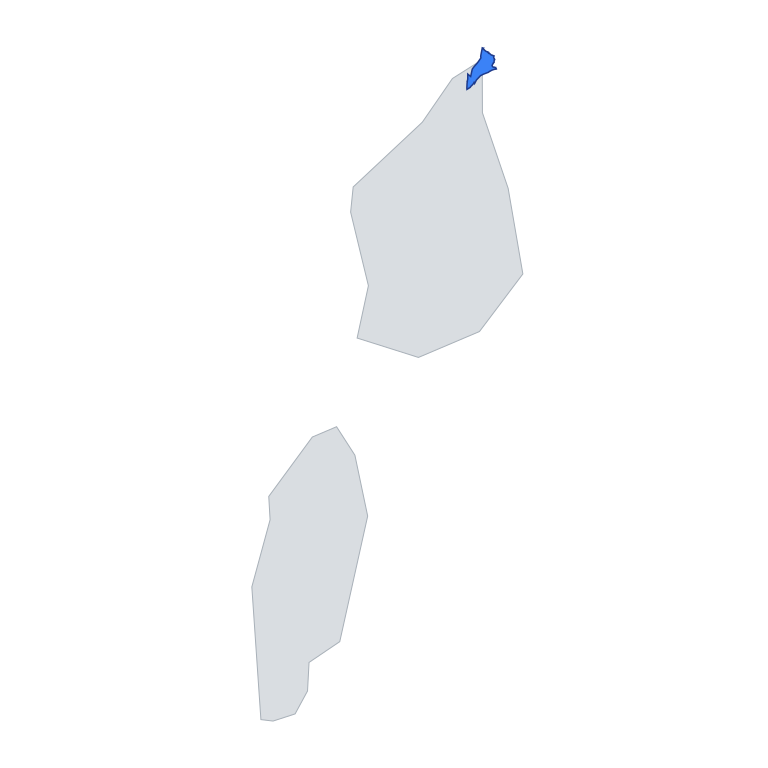 Falealupo, Vaisigano, Samoa (highlighted), rotated 86°
{"feature_id": "51752279B91405763132187", "entity_name": "Falealupo", "entity_type": "district", "adm_level": 2, "iso_a3": "WSM", "parent_name": "Samoa", "parent_adm1": "Vaisigano", "projection": "orthographic", "projection_center": [-172.771, -13.521], "detail": "fine", "context": "in_parent", "style": "filled", "palette": "blue", "viewbox_px": 768, "rotation_deg": 86, "n_neighbors": 0, "source": "geoboundaries", "source_scale": "gbopen_adm2", "svg_char_len": 2359}
<svg xmlns="http://www.w3.org/2000/svg" viewBox="0 0 768 768"><g transform="rotate(86 384 384)"><path d="M283.9,237.8L338.3,285.1L359.9,347.8L336.3,407.6L284.9,392.7L210.2,405.3L185.3,401.0L125.5,327.5L84.0,294.4L67.3,263.4L120.3,266.9L197.5,246.5L283.9,237.8ZM710.2,530.2L577.2,530.0L511.5,507.1L488.1,506.8L431.9,459.2L423.3,434.3L453.0,418.0L514.6,409.5L637.9,446.1L656.5,478.2L684.9,481.7L706.9,495.7L712.5,518.2L710.2,530.2Z" fill="#d9dde1" stroke="#a8b0b8" stroke-width="1"/><path d="M77.7,250.1L77.6,249.9L77.4,250.0L77.0,250.2L76.9,250.2L76.5,250.5L76.3,250.5L76.4,250.8L76.2,250.8L76.1,251.0L75.9,251.1L75.7,251.4L75.6,252.1L75.5,252.4L75.5,252.7L75.6,252.8L75.4,253.1L75.2,253.3L74.7,253.7L74.4,253.8L73.9,254.0L73.7,253.8L73.4,253.7L72.9,253.5L72.8,253.4L72.6,253.3L72.5,253.2L72.4,253.2L72.2,253.0L71.9,252.7L71.7,252.8L71.5,252.7L71.2,252.4L71.3,252.3L71.0,252.0L70.9,252.0L70.8,251.8L70.6,251.9L70.1,251.7L69.7,251.6L69.1,251.6L68.9,251.5L68.6,251.3L68.3,251.0L68.2,251.1L67.9,250.8L68.0,251.1L67.9,251.2L67.7,251.3L67.6,251.2L67.4,251.3L67.2,251.2L67.0,251.3L66.9,251.5L66.5,251.7L65.9,251.8L65.7,251.8L65.5,251.7L65.3,251.8L65.1,251.7L64.8,251.5L64.4,251.3L64.3,251.5L64.5,251.6L64.3,251.8L64.3,252.0L63.9,252.4L63.9,252.6L63.4,253.3L63.5,253.6L63.4,253.8L63.3,254.0L62.8,254.5L62.3,254.9L62.1,255.2L61.9,255.5L61.7,255.6L61.6,255.9L61.6,256.2L61.4,256.4L61.1,256.4L61.1,256.6L60.9,256.6L60.5,256.4L60.4,256.5L60.2,257.0L60.0,257.3L59.9,257.5L60.0,257.6L59.8,257.7L59.8,257.9L59.5,258.5L59.1,259.3L58.8,259.6L58.7,259.6L58.4,260.0L57.9,260.4L58.0,260.4L57.7,260.8L57.4,261.0L57.0,261.3L56.8,261.6L56.3,262.0L56.1,262.1L55.8,262.3L55.7,262.0L55.6,262.3L55.5,262.5L62.6,264.4L64.0,264.7L65.4,264.6L65.6,264.7L66.5,265.4L67.6,266.3L68.9,267.3L70.7,268.9L73.4,271.7L74.3,272.5L75.9,273.9L77.4,274.4L78.8,274.8L80.2,275.2L83.3,276.1L80.7,278.8L85.8,279.2L88.2,280.0L88.3,279.8L90.1,280.2L94.5,280.7L95.9,280.7L94.1,277.3L93.4,276.8L92.7,276.1L92.0,275.2L90.6,273.8L90.2,273.3L89.9,273.3L89.7,273.3L89.4,273.1L89.6,273.0L89.8,272.8L90.5,272.6L87.4,270.7L87.1,270.5L84.0,267.1L83.0,266.1L82.7,265.0L82.0,263.6L81.2,261.0L80.9,260.0L80.6,259.0L80.4,258.2L80.0,257.6L79.6,257.0L79.4,256.7L79.3,256.2L79.2,256.0L78.7,255.0L78.4,254.2L78.2,253.5L78.1,253.1L77.9,252.3L77.8,251.6L77.7,250.1Z" fill="#3b82f6" stroke="#1e3a8a" stroke-width="1.5"/></g></svg>